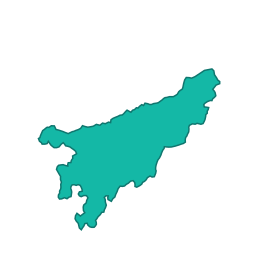 outline of Brejetuba, Espírito Santo, Brazil, rotated 49°
{"feature_id": "56859067B87689209287898", "entity_name": "Brejetuba", "entity_type": "district", "adm_level": 2, "iso_a3": "BRA", "parent_name": "Brazil", "parent_adm1": "Espírito Santo", "projection": "albers", "projection_center": [-41.297, -20.107], "detail": "fine", "context": "isolated", "style": "filled", "palette": "teal", "viewbox_px": 256, "rotation_deg": 49, "n_neighbors": 0, "source": "geoboundaries", "source_scale": "gbopen_adm2", "svg_char_len": 3479}
<svg xmlns="http://www.w3.org/2000/svg" viewBox="0 0 256 256"><g transform="rotate(49 128 128)"><path d="M141.1,25.7L138.5,25.9L134.7,32.5L133.2,43.8L132.1,47.3L130.1,48.8L128.1,50.9L128.9,53.7L131.0,56.9L133.5,60.1L134.3,61.8L133.9,63.6L133.9,65.8L134.9,68.7L134.6,70.8L134.1,73.3L131.6,76.1L130.4,78.6L129.4,80.1L129.1,81.8L129.2,83.6L128.8,88.5L128.0,90.1L126.4,92.6L125.6,95.0L124.4,96.3L122.7,97.1L120.4,98.9L121.2,101.5L119.4,102.3L119.2,105.0L119.5,107.3L118.2,108.4L118.4,111.0L117.6,112.8L118.0,115.5L113.9,117.0L114.0,119.0L114.4,121.8L114.4,123.7L113.1,125.7L112.5,128.2L111.7,130.4L110.9,132.9L110.6,135.4L112.5,137.6L110.8,138.8L109.9,142.3L107.6,144.0L107.5,147.4L104.5,149.5L103.9,153.0L102.1,156.1L101.0,157.8L98.5,159.6L96.4,160.8L97.2,164.0L96.6,166.6L95.6,169.0L95.1,170.8L94.2,172.5L93.0,176.8L89.9,178.5L88.0,179.4L84.0,181.8L81.9,183.3L78.1,182.2L76.0,184.4L75.7,187.2L74.4,188.5L74.2,190.2L74.2,192.2L74.0,194.1L75.3,196.9L76.4,199.2L77.5,200.8L77.2,202.5L79.9,203.5L82.2,203.0L83.8,203.4L85.7,201.2L86.7,199.3L85.8,196.9L90.4,197.4L92.3,197.1L94.3,196.7L96.0,194.8L97.0,192.4L96.4,189.0L96.6,186.5L98.8,186.5L100.5,186.8L102.5,185.3L104.3,184.2L106.3,183.8L108.6,183.2L111.2,182.8L113.7,183.7L113.4,185.4L112.8,188.2L114.7,189.6L115.3,192.0L116.6,193.8L115.0,195.9L115.9,197.3L117.2,198.4L115.1,199.9L113.1,201.0L111.6,203.2L110.6,204.9L110.9,206.9L112.3,209.1L114.2,209.5L117.6,210.2L120.2,210.6L122.5,212.7L125.2,213.8L126.5,215.8L128.6,217.4L129.8,218.7L130.7,221.0L132.3,222.3L132.9,224.4L134.5,226.0L136.7,226.3L138.0,224.5L138.9,221.7L141.4,220.4L141.5,217.8L142.4,216.0L141.0,214.3L139.4,212.5L137.7,211.5L136.2,211.0L134.8,209.5L134.3,207.4L135.5,205.8L137.3,204.7L138.0,202.8L139.9,201.7L142.1,202.2L144.3,203.0L145.7,204.1L144.3,206.5L145.2,208.8L147.3,209.2L149.1,208.4L150.0,205.6L151.8,203.7L154.4,204.0L155.5,206.6L157.1,208.7L157.1,212.0L158.3,213.7L161.1,215.8L163.6,216.2L163.4,218.4L163.2,221.7L161.2,222.0L158.9,222.5L159.8,225.2L161.8,227.5L164.2,228.1L167.4,228.1L169.6,229.3L171.6,230.3L174.2,230.0L173.6,228.2L173.0,225.6L171.8,223.3L173.1,221.3L175.1,222.0L177.6,221.6L179.1,220.6L180.7,218.7L180.5,216.7L179.9,215.0L178.3,213.8L176.4,213.1L176.1,211.3L175.3,208.7L175.2,205.8L174.4,203.2L175.6,201.4L174.2,199.5L173.4,197.4L172.0,195.0L169.1,193.7L167.0,192.1L164.8,191.4L164.7,189.1L166.3,187.5L167.3,189.0L168.9,190.0L170.8,189.3L172.4,188.7L171.4,185.7L171.5,183.3L170.0,180.7L168.9,178.1L167.3,175.2L166.7,172.1L168.5,170.4L169.5,168.6L169.4,166.3L169.9,163.9L169.8,160.9L171.1,158.7L173.5,158.7L175.3,159.8L176.7,161.1L178.4,160.2L179.2,157.0L179.4,154.5L178.6,152.7L179.1,150.5L179.0,148.3L178.2,145.9L178.7,142.9L180.8,142.0L182.0,140.1L180.3,136.8L178.8,134.9L177.3,134.3L175.7,132.8L174.4,131.1L172.7,128.3L171.7,126.3L171.2,123.8L170.0,120.9L168.8,118.9L167.6,116.4L167.1,114.2L166.0,112.8L167.7,111.2L169.2,109.7L170.8,107.7L172.6,104.3L174.2,100.7L175.2,98.1L176.0,96.4L176.3,94.0L174.5,92.6L173.0,90.8L172.7,89.0L171.7,87.1L170.8,84.8L168.8,82.7L167.2,81.6L166.3,79.9L167.1,76.7L169.2,74.8L169.8,72.8L171.3,71.7L173.0,70.5L173.9,68.4L172.9,65.9L172.1,64.3L170.4,62.0L168.9,60.4L168.9,58.6L167.3,57.2L166.7,55.4L165.5,53.7L163.9,55.0L162.1,56.6L160.0,55.4L159.8,53.6L160.2,50.6L161.2,47.9L162.4,46.7L161.5,44.8L161.6,42.8L161.3,40.6L158.6,39.1L157.0,38.7L154.4,38.6L154.0,36.3L153.4,33.3L154.7,29.7L153.1,28.3L150.7,28.8L148.1,28.2L144.6,27.8L141.1,25.7Z" fill="#14b8a6" stroke="#0f766e" stroke-width="1.5"/></g></svg>